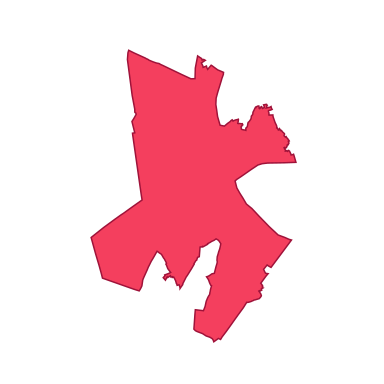 the district of Gwale, Kano, Nigeria, rotated 349°
{"feature_id": "59680162B24203265637376", "entity_name": "Gwale", "entity_type": "district", "adm_level": 2, "iso_a3": "NGA", "parent_name": "Nigeria", "parent_adm1": "Kano", "projection": "robinson", "projection_center": [8.494, 11.979], "detail": "fine", "context": "isolated", "style": "filled", "palette": "rose", "viewbox_px": 384, "rotation_deg": 349, "n_neighbors": 0, "source": "geoboundaries", "source_scale": "gbopen_adm2", "svg_char_len": 5999}
<svg xmlns="http://www.w3.org/2000/svg" viewBox="0 0 384 384"><g transform="rotate(349 192 192)"><path d="M274.0,120.3L272.9,120.2L271.5,120.6L270.9,121.3L270.5,120.9L269.6,122.0L268.6,123.4L267.1,125.3L266.5,127.2L266.1,127.7L264.7,128.9L264.2,130.7L263.8,131.4L263.4,132.0L261.5,133.8L260.4,134.4L260.3,134.8L260.0,135.1L259.9,135.5L258.8,138.3L257.8,139.1L257.0,139.6L256.8,141.0L256.6,141.8L256.2,141.6L255.5,141.2L254.3,140.8L253.3,140.3L252.5,139.9L252.6,137.4L253.2,137.2L253.3,136.5L254.7,135.8L254.4,134.5L253.4,134.4L251.8,133.8L250.5,133.7L250.0,133.4L250.8,131.6L251.4,129.8L251.4,129.4L250.5,129.5L248.3,129.6L246.6,129.9L245.8,130.2L245.2,128.8L244.0,129.3L242.8,130.2L240.1,131.4L236.4,133.5L232.3,131.8L231.5,122.8L231.9,115.9L232.1,110.6L233.6,104.5L236.2,99.2L242.2,87.9L242.8,86.6L244.0,84.6L245.3,82.4L245.5,81.3L245.8,80.6L244.1,79.4L240.5,77.0L236.8,73.0L235.6,71.7L235.0,71.2L230.8,74.6L230.3,72.8L230.2,71.1L226.7,71.8L226.7,70.1L225.8,67.1L230.2,65.3L228.8,64.1L227.1,64.4L227.0,62.9L225.4,61.4L223.5,59.5L218.9,71.0L216.6,81.3L212.6,80.7L204.3,74.7L188.7,63.1L187.5,62.2L185.5,60.8L184.2,59.6L181.7,58.6L178.6,56.8L175.1,54.5L174.4,53.7L173.6,53.1L173.3,52.8L172.7,52.6L172.0,51.8L161.6,44.4L156.9,40.8L155.7,43.1L153.9,49.6L151.7,85.8L151.6,100.1L151.5,100.3L151.1,102.8L151.4,103.3L151.9,103.7L152.0,105.1L150.6,106.8L148.8,108.9L146.5,111.3L147.1,123.0L144.8,122.9L144.7,124.2L141.6,186.0L141.5,190.3L131.1,195.0L120.0,200.1L118.2,200.8L111.4,203.9L101.7,208.5L98.5,210.0L84.3,217.4L85.6,234.4L86.8,246.7L87.4,254.5L87.7,259.5L98.1,265.6L116.5,276.4L121.3,279.0L122.5,277.7L123.6,276.4L124.9,274.6L126.9,268.9L128.4,266.6L133.3,259.7L134.7,257.5L135.9,256.0L138.7,252.3L139.9,251.0L140.9,249.9L142.1,248.5L145.8,244.2L146.4,243.5L147.5,244.6L148.4,245.7L149.2,246.4L149.9,247.1L150.4,248.1L150.8,249.3L151.4,251.1L152.1,252.5L152.5,253.9L153.0,255.5L153.4,257.1L152.6,257.8L153.0,259.0L153.6,262.6L154.3,264.1L155.7,266.9L153.6,267.5L149.4,268.2L149.5,269.0L147.4,270.6L149.1,273.5L151.5,270.5L151.9,271.3L154.9,270.1L155.0,271.4L156.5,271.4L156.4,272.0L156.7,272.0L156.8,272.2L157.8,272.0L158.4,273.8L158.8,275.4L159.0,276.0L159.0,276.7L159.1,277.3L159.2,278.8L159.4,278.9L159.6,280.8L161.6,280.6L161.8,281.9L161.9,282.5L161.9,283.3L162.0,283.8L161.9,284.4L163.1,283.2L165.3,281.1L165.3,280.5L165.7,280.0L170.1,274.3L171.3,273.2L177.0,267.1L180.4,263.2L180.3,262.6L181.2,261.8L182.8,260.0L183.5,259.9L185.0,257.2L186.8,256.9L189.4,247.6L190.2,247.6L191.0,247.8L191.8,247.4L192.1,248.0L193.3,247.6L197.4,246.3L197.4,245.7L199.7,245.1L202.0,244.2L204.5,243.6L206.7,242.6L208.5,244.2L209.3,245.5L210.4,248.3L209.0,251.7L208.2,253.4L206.8,255.7L205.9,257.6L204.4,260.4L203.5,263.7L203.5,265.1L203.1,266.5L201.2,270.1L198.4,276.1L196.0,276.1L193.3,277.3L191.8,277.8L190.1,278.0L191.2,280.6L191.6,282.0L191.6,282.3L191.8,283.4L191.9,284.4L192.6,287.1L193.3,287.7L193.1,288.1L191.4,291.6L191.0,292.8L190.7,293.5L190.4,294.1L190.1,295.1L189.5,296.3L188.8,296.9L188.0,297.8L187.0,299.1L185.9,300.8L185.2,301.8L184.4,303.6L183.1,306.7L180.6,310.7L172.8,308.2L171.6,312.4L167.7,327.0L168.9,328.8L170.3,329.9L175.3,333.0L178.4,336.0L181.2,337.6L182.1,338.2L184.0,340.0L184.5,341.3L184.8,343.2L190.0,340.8L191.9,342.2L194.0,339.9L198.5,335.9L203.1,331.6L207.2,327.7L210.0,325.0L213.5,321.7L220.2,315.5L224.7,310.7L225.5,311.0L226.9,311.0L227.7,310.9L228.9,310.8L230.0,310.5L231.2,310.3L232.3,309.9L233.6,309.9L234.6,309.8L235.6,309.7L236.7,309.6L237.7,309.5L238.4,308.9L239.0,308.5L239.7,307.8L240.3,307.1L240.1,305.2L238.7,302.0L239.5,301.7L240.1,302.2L241.7,301.6L241.4,301.0L241.6,300.8L241.6,300.3L243.4,299.7L243.1,299.5L242.9,299.2L242.9,298.8L242.9,298.6L243.4,298.2L243.2,297.5L243.4,297.1L242.9,296.4L242.8,295.9L242.1,294.7L248.7,288.6L251.1,286.7L248.7,285.8L248.3,284.6L247.5,281.6L251.8,278.0L252.7,279.0L255.2,281.1L280.4,258.2L280.5,258.1L278.7,257.2L278.7,257.3L274.4,254.3L268.3,250.6L261.0,240.5L253.3,228.7L247.6,219.6L243.1,214.2L241.1,208.5L240.9,207.9L238.7,202.3L236.8,196.6L236.4,189.4L238.3,188.2L243.6,186.0L253.7,181.5L261.8,178.1L266.2,177.6L271.7,178.0L276.8,178.9L283.0,180.0L288.1,180.9L299.7,182.7L299.1,175.8L298.9,174.3L297.7,174.6L297.2,174.6L296.3,174.5L296.3,173.5L295.5,170.4L295.4,170.3L295.2,170.3L294.9,170.0L294.8,169.6L294.6,169.5L294.4,169.5L293.8,170.0L293.5,170.3L293.2,169.9L293.0,169.7L292.8,169.6L292.6,169.6L292.1,169.8L291.8,169.7L291.4,169.6L291.9,168.8L291.1,167.4L290.9,166.0L291.5,165.9L291.8,167.0L292.7,166.5L293.2,166.4L293.7,165.4L293.9,165.4L294.3,164.6L294.5,163.9L295.3,163.5L295.5,163.8L296.5,162.5L296.2,160.9L297.2,160.5L296.8,159.4L296.5,159.3L296.3,158.2L295.6,157.2L294.9,155.5L294.1,155.9L293.7,155.2L293.4,154.9L293.1,154.4L293.2,153.8L293.7,153.3L293.9,152.8L293.9,152.5L293.7,152.1L293.4,151.7L292.7,150.8L292.3,150.2L291.9,149.3L291.7,149.0L291.2,149.0L291.1,148.5L291.0,148.1L290.4,148.1L290.2,147.2L290.0,146.5L289.4,147.0L289.3,147.3L289.1,147.4L288.6,147.6L288.1,145.9L287.8,145.0L287.4,145.1L287.7,143.8L287.7,143.2L287.5,142.3L287.2,141.1L286.8,139.6L286.1,134.7L286.0,134.0L286.0,132.4L286.1,131.8L283.1,131.3L282.6,131.3L282.3,131.3L282.2,130.8L282.5,130.1L282.4,129.8L282.4,129.6L282.5,129.5L282.6,128.5L282.5,128.3L282.4,128.0L282.4,127.5L282.5,127.1L282.5,126.9L282.7,126.7L283.5,126.6L284.0,126.6L284.6,126.6L285.0,126.5L285.7,126.4L285.8,126.2L286.4,126.2L286.1,125.2L285.9,124.2L285.9,123.2L285.0,123.5L284.8,123.6L284.6,123.6L284.1,123.7L283.2,123.6L282.5,123.7L282.0,123.7L281.0,123.7L281.4,123.2L281.7,122.4L281.8,122.0L282.1,121.4L282.4,121.2L282.2,120.9L281.9,120.5L281.9,120.2L281.7,120.1L281.1,120.1L278.9,120.1L279.0,120.7L279.2,121.6L279.1,122.2L279.2,122.3L279.0,123.0L278.9,123.0L278.1,123.1L277.7,123.3L277.3,123.5L277.1,123.2L276.9,122.7L276.7,122.2L276.8,122.2L276.7,121.5L276.6,121.4L275.8,121.7L275.4,122.0L275.1,122.4L275.1,122.6L274.8,122.6L274.3,123.1L273.9,122.8L274.0,122.1L274.1,121.6L274.0,120.8L274.0,120.3Z" fill="#f43f5e" stroke="#9f1239" stroke-width="1.5"/></g></svg>